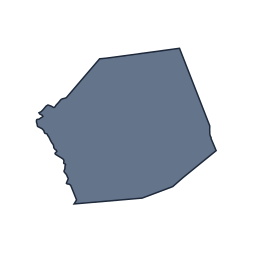 San Isidro, Choluteca, Honduras, rotated 327°
{"feature_id": "27666195B38345308058924", "entity_name": "San Isidro", "entity_type": "district", "adm_level": 2, "iso_a3": "HND", "parent_name": "Honduras", "parent_adm1": "Choluteca", "projection": "orthographic", "projection_center": [-87.295, 13.646], "detail": "fine", "context": "isolated", "style": "filled", "palette": "slate", "viewbox_px": 256, "rotation_deg": 327, "n_neighbors": 0, "source": "geoboundaries", "source_scale": "gbopen_adm2", "svg_char_len": 3939}
<svg xmlns="http://www.w3.org/2000/svg" viewBox="0 0 256 256"><g transform="rotate(327 128 128)"><path d="M189.6,195.0L191.7,183.3L191.7,183.2L191.7,182.9L191.7,182.7L191.8,182.5L191.8,182.4L192.0,182.1L192.2,181.8L192.3,181.6L192.4,181.4L192.5,181.2L192.5,180.8L192.6,180.4L192.6,179.8L192.6,179.6L192.8,179.1L192.9,178.7L193.0,178.3L193.1,178.1L193.2,177.9L193.4,177.6L193.5,177.3L193.7,177.0L194.2,176.2L194.4,175.9L194.9,175.1L195.0,174.9L195.3,174.4L195.6,173.9L195.7,173.7L196.0,173.3L197.7,170.8L214.6,89.2L147.8,57.6L141.9,54.5L92.7,69.0L90.8,68.5L89.3,67.9L87.7,67.6L86.3,67.9L84.9,68.4L82.8,69.0L80.3,69.6L78.0,70.6L76.8,70.3L76.2,69.2L75.7,68.1L74.6,66.6L73.4,65.1L71.4,65.0L68.7,65.8L66.7,66.4L64.1,67.0L61.6,66.7L61.6,66.9L61.6,67.1L61.6,67.3L61.6,67.6L61.6,67.8L61.6,68.0L61.7,68.4L61.8,68.5L62.3,69.4L62.5,69.8L62.8,70.2L62.9,70.4L62.9,70.5L63.0,70.6L63.0,70.9L63.0,71.1L63.0,71.4L63.0,71.5L63.0,71.8L62.9,71.9L62.9,72.0L62.7,72.1L62.4,72.1L62.2,72.1L61.8,72.0L61.2,72.1L60.8,72.1L60.5,72.0L60.3,72.0L60.2,72.0L59.7,72.1L59.4,72.1L59.0,72.1L58.5,72.1L58.4,72.1L58.1,72.1L57.8,71.9L57.3,71.7L57.1,71.7L56.7,71.4L56.3,71.3L56.2,71.3L55.8,71.4L55.7,71.5L55.4,71.8L55.2,72.0L55.0,72.3L54.8,72.6L54.7,72.8L54.6,73.1L54.4,73.4L54.3,73.6L54.2,73.8L54.2,74.0L54.1,74.5L54.0,74.8L53.9,75.0L53.8,75.4L53.7,75.6L53.6,75.8L53.5,76.1L53.4,76.3L53.3,76.5L53.2,76.6L53.1,77.0L53.1,77.3L53.1,77.5L53.2,77.8L53.3,78.0L53.8,78.8L54.6,80.2L54.8,80.6L55.2,81.1L55.2,81.3L55.3,81.4L55.4,81.6L55.4,81.8L55.6,82.2L55.7,82.6L55.7,82.9L55.8,83.2L55.8,83.5L55.9,84.0L55.9,84.5L55.8,84.8L55.8,85.0L55.6,85.4L55.6,85.7L55.5,86.1L55.4,86.3L55.4,86.5L55.4,86.8L55.4,87.0L55.5,87.1L55.5,87.3L55.8,87.6L56.1,88.0L56.3,88.3L56.5,88.5L56.8,88.8L56.9,89.0L56.9,89.3L56.9,89.5L56.8,89.8L56.7,90.0L56.6,90.6L56.6,90.9L56.7,91.3L56.7,91.8L56.7,92.2L56.7,92.4L56.7,92.6L56.7,93.0L56.5,94.2L56.3,95.8L56.2,96.7L56.2,97.2L56.1,97.6L56.1,97.9L56.1,98.3L56.1,99.1L56.1,99.5L56.2,100.4L56.2,100.7L56.2,101.1L56.2,101.3L56.2,101.5L56.0,101.9L56.0,102.2L55.8,102.5L55.7,102.9L55.6,103.0L55.4,103.4L55.3,103.6L55.2,103.7L55.2,103.9L55.1,104.1L55.1,104.3L55.1,104.5L55.0,104.8L55.0,105.0L55.1,105.4L55.1,105.6L55.1,105.8L55.2,106.0L55.2,106.3L55.3,106.4L55.3,106.5L55.5,106.8L55.5,107.0L55.7,107.3L55.7,107.5L55.7,107.8L55.7,108.1L55.7,108.3L55.7,108.6L55.6,108.8L55.4,108.9L55.1,109.0L54.5,109.1L53.7,109.3L53.3,109.3L53.1,109.5L52.9,109.7L52.9,109.8L52.8,110.0L52.9,110.3L52.9,110.5L53.0,110.7L53.0,110.9L53.3,111.4L53.5,111.9L53.7,112.4L54.5,114.0L54.9,114.8L55.2,115.6L55.7,116.5L56.1,117.5L56.3,117.8L56.4,118.1L56.5,118.4L56.6,118.8L56.6,119.1L56.6,119.3L56.7,119.5L56.6,119.9L56.6,120.0L56.5,120.3L56.4,120.5L56.1,121.1L55.8,121.4L55.7,121.5L55.4,121.8L55.2,122.0L55.0,122.3L54.9,122.5L54.9,122.8L55.0,123.0L55.1,123.3L55.3,123.5L55.5,123.6L55.6,123.8L55.7,124.0L55.7,124.3L55.7,124.5L55.6,124.8L55.5,125.0L55.4,125.0L55.1,125.1L54.9,125.2L54.8,125.3L54.7,125.4L54.4,125.7L54.2,126.0L53.9,126.4L53.7,126.6L53.6,126.8L53.4,127.1L53.3,127.3L53.2,127.4L53.1,127.5L52.9,127.7L52.5,128.1L52.3,128.3L52.1,128.4L51.9,128.5L51.6,128.7L51.4,128.9L51.2,129.0L50.9,129.3L50.8,129.5L50.7,129.6L50.6,129.8L50.6,130.1L50.6,130.3L50.7,130.9L50.7,131.4L50.9,132.4L50.9,132.7L50.9,132.9L50.9,133.1L50.9,133.6L50.9,134.0L50.9,134.4L50.8,134.7L50.8,134.9L50.7,135.3L50.6,135.7L50.6,135.8L50.5,136.0L50.5,136.4L50.5,136.5L50.6,136.8L50.6,137.0L50.5,137.4L50.4,137.5L50.3,137.8L50.2,137.9L50.1,138.0L49.9,138.2L49.5,138.5L49.1,138.8L48.6,139.1L48.2,139.4L48.1,139.5L47.9,139.6L47.3,140.0L46.8,140.4L46.6,140.5L46.4,140.6L46.2,140.8L46.2,141.0L46.3,141.3L46.4,141.5L46.5,141.6L46.7,141.9L47.1,142.3L47.3,142.5L47.6,142.7L47.8,142.9L47.9,143.0L48.1,143.2L48.2,143.4L48.3,143.5L48.4,143.8L48.5,144.0L48.5,144.4L48.6,144.7L48.6,144.9L48.6,145.2L48.6,145.5L45.7,160.3L41.4,162.3L101.7,194.5L133.6,201.5L147.6,199.5L189.6,195.0Z" fill="#64748b" stroke="#1e293b" stroke-width="1.5"/></g></svg>